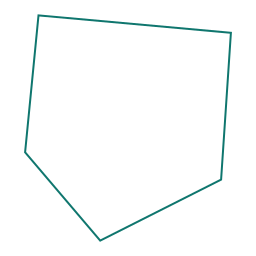 outline of Swain's Island
{"feature_id": "ASM-5001", "entity_name": "Swain's Island", "entity_type": "state/province", "adm_level": 1, "iso_a3": "ASM", "parent_name": "American Samoa", "parent_adm1": "", "projection": "albers", "projection_center": [-171.079, -11.059], "detail": "fine", "context": "isolated", "style": "outline", "palette": "teal", "viewbox_px": 256, "rotation_deg": 0, "n_neighbors": 0, "source": "natural_earth", "source_scale": "10m", "svg_char_len": 194}
<svg xmlns="http://www.w3.org/2000/svg" viewBox="0 0 256 256"><path d="M230.9,32.8L221.1,179.6L100.2,240.6L25.1,152.3L38.5,15.4L230.9,32.8Z" fill="none" stroke="#0f766e" stroke-width="2"/></svg>